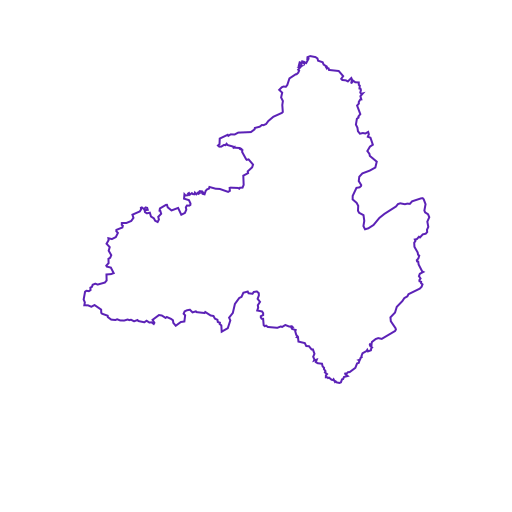 Kyaukme, Shan, Myanmar, rotated 242°
{"feature_id": "60261553B11251200769941", "entity_name": "Kyaukme", "entity_type": "district", "adm_level": 2, "iso_a3": "MMR", "parent_name": "Myanmar", "parent_adm1": "Shan", "projection": "natural_earth1", "projection_center": [97.145, 22.817], "detail": "fine", "context": "isolated", "style": "outline", "palette": "violet", "viewbox_px": 512, "rotation_deg": 242, "n_neighbors": 0, "source": "geoboundaries", "source_scale": "gbopen_adm2", "svg_char_len": 6146}
<svg xmlns="http://www.w3.org/2000/svg" viewBox="0 0 512 512"><g transform="rotate(242 256 256)"><path d="M293.1,81.3L291.3,84.5L288.5,86.8L288.5,90.4L281.4,94.1L278.5,92.7L277.3,93.0L272.9,97.0L271.6,96.5L267.8,98.3L265.5,101.8L265.3,103.7L262.9,105.8L260.9,109.3L260.2,112.8L258.8,114.1L258.4,115.7L255.6,117.7L255.1,121.3L253.8,121.6L249.9,126.3L250.2,129.0L247.3,130.6L246.5,132.6L244.0,133.8L244.7,134.9L248.2,134.7L249.4,142.6L247.7,144.9L243.8,147.1L244.0,148.6L240.3,151.5L238.2,152.5L235.8,151.6L232.1,152.4L233.0,158.6L231.8,162.0L236.9,165.6L239.0,165.0L240.6,167.0L240.5,169.5L239.6,172.4L236.0,173.5L235.4,176.9L234.4,177.1L229.8,183.8L230.4,184.9L224.8,188.0L223.0,190.3L220.0,190.3L217.8,192.0L215.7,191.3L214.1,192.8L213.1,192.0L211.0,192.8L205.3,190.2L205.5,197.2L211.2,203.1L214.2,203.3L216.6,208.8L223.6,214.9L226.8,221.5L226.7,224.0L229.5,227.6L228.5,232.0L226.6,231.9L224.3,235.2L225.3,237.1L224.3,240.1L221.9,241.0L219.8,240.0L217.4,237.3L213.6,238.0L211.7,234.5L209.4,233.7L207.3,231.5L204.2,235.3L202.2,235.5L200.5,234.6L200.6,232.0L199.5,231.4L197.9,231.6L197.2,232.8L191.3,230.3L189.9,230.8L189.8,232.2L187.8,233.1L182.6,241.1L182.1,244.9L181.1,245.7L181.3,249.5L178.0,252.3L177.2,254.6L175.9,255.0L176.0,253.6L174.7,253.6L172.0,256.3L171.1,255.3L167.4,254.5L165.4,255.0L165.1,254.0L164.2,254.8L160.5,253.3L156.2,258.2L152.9,258.1L151.5,260.4L147.4,261.2L146.8,262.4L142.2,261.7L140.2,259.2L137.1,259.0L136.4,258.1L136.0,261.0L134.2,259.0L132.4,260.1L129.9,263.7L127.3,263.0L125.3,263.6L124.3,262.9L121.7,263.3L120.9,262.2L118.4,263.3L117.8,261.7L116.1,260.7L115.3,262.1L114.4,262.3L114.3,263.4L111.3,264.6L110.3,265.8L110.7,266.6L107.7,266.6L107.9,267.5L106.6,267.8L104.7,270.1L104.6,271.7L106.7,274.0L106.5,275.2L107.9,276.9L107.0,280.6L110.9,279.1L109.6,280.5L110.2,282.8L109.5,284.1L110.6,291.2L113.7,294.8L113.4,296.5L115.1,298.3L115.9,297.8L115.7,299.3L116.9,300.4L117.1,301.9L118.0,302.0L120.1,304.4L120.2,309.0L120.9,310.2L119.2,310.1L118.8,313.2L120.5,314.5L120.7,315.5L121.6,315.2L122.9,316.0L123.0,314.7L124.2,314.8L124.6,315.3L123.6,316.1L125.7,318.1L126.5,322.7L126.1,325.4L123.8,328.1L124.5,343.6L125.4,345.0L126.7,345.3L135.1,344.4L138.7,345.9L140.8,352.2L145.0,356.4L147.5,364.1L149.2,367.2L149.3,370.7L150.7,372.7L150.3,385.3L151.1,387.8L152.8,389.7L154.4,389.0L155.7,389.7L156.9,388.5L158.0,388.9L158.9,390.7L161.7,390.4L163.4,392.3L163.4,396.2L164.4,395.5L172.2,395.6L174.9,396.6L175.6,395.7L176.8,396.0L177.6,398.2L179.7,400.3L181.1,399.7L183.2,400.4L189.7,400.2L193.4,401.9L194.5,403.9L196.0,404.0L195.4,406.0L196.5,408.9L195.4,409.5L196.8,413.4L196.0,416.3L196.8,418.4L198.9,419.3L200.8,421.8L205.9,423.4L208.9,427.2L212.1,427.5L215.1,425.8L217.1,426.0L222.1,430.0L227.3,430.7L228.8,430.3L229.4,428.8L231.0,419.5L229.8,416.3L231.2,414.2L231.8,411.8L234.8,408.1L235.2,405.7L234.0,402.9L232.9,389.2L231.7,382.8L228.2,374.3L227.7,368.2L228.4,364.8L232.0,364.9L236.2,368.1L241.6,370.1L245.8,367.3L248.1,367.3L252.3,369.8L255.7,369.8L260.6,367.9L263.7,369.6L269.0,376.7L268.0,379.7L268.5,381.6L269.2,382.2L273.9,381.9L277.5,384.4L279.0,388.7L278.0,396.5L278.1,402.9L282.6,406.9L290.9,403.5L293.0,404.1L296.4,403.6L299.1,408.0L299.4,411.4L306.7,412.6L308.8,410.7L310.5,412.8L312.9,413.3L312.8,410.1L314.4,408.1L315.2,405.2L318.3,404.6L321.7,405.8L325.1,405.9L329.8,409.5L330.1,411.5L331.1,411.9L332.3,414.7L341.4,415.9L342.3,418.4L343.7,419.0L345.2,421.4L344.8,422.5L348.1,423.2L349.4,426.6L349.8,425.0L351.3,424.8L353.2,426.5L354.6,426.8L355.3,426.0L357.7,427.6L358.8,427.1L361.0,428.2L362.8,425.2L365.0,424.2L363.7,421.0L366.6,423.6L368.4,423.7L367.0,419.1L368.9,417.8L370.9,414.8L372.4,414.4L373.9,417.4L380.5,415.9L386.0,407.8L387.5,408.2L388.8,407.1L388.5,406.6L390.0,406.5L390.3,407.3L393.2,405.6L395.8,405.8L399.3,402.5L401.6,403.0L403.7,401.9L407.0,397.8L407.4,394.8L406.3,394.1L406.3,394.9L405.5,395.0L402.8,390.9L404.2,390.0L403.1,388.9L404.6,388.4L405.3,389.1L406.2,388.2L404.2,386.3L405.0,385.3L405.8,386.2L406.5,385.5L403.9,383.1L402.4,385.4L402.4,382.7L401.7,383.4L400.7,380.7L399.4,381.1L398.0,379.3L397.4,377.1L397.8,376.4L397.1,368.9L392.3,363.9L391.4,361.8L392.7,359.9L392.9,358.0L391.8,354.5L387.9,355.8L384.2,352.6L380.2,352.5L377.0,350.1L370.6,347.3L370.2,346.1L370.8,336.7L369.4,330.2L367.8,326.9L368.0,324.0L368.9,322.7L368.4,320.0L369.6,315.1L368.5,314.2L367.8,309.7L373.3,298.2L373.3,294.2L375.3,290.7L375.1,288.0L376.3,287.9L376.7,279.1L371.9,276.3L371.4,274.3L369.8,274.9L368.9,276.7L369.1,279.9L368.2,281.0L368.9,282.7L367.4,282.9L363.4,287.1L362.2,287.0L362.3,288.3L361.6,288.1L359.0,292.3L357.8,293.1L357.6,292.4L355.9,293.7L354.4,292.6L346.4,292.7L345.3,292.9L344.8,294.8L338.1,296.3L336.1,294.2L334.6,288.4L332.9,287.9L332.9,282.5L324.6,278.5L322.7,276.2L323.8,273.9L323.3,272.8L324.5,272.1L328.3,265.6L328.5,264.7L325.8,263.5L325.7,261.5L332.2,255.5L334.4,251.9L338.8,247.3L337.6,246.1L337.8,243.9L337.1,242.1L334.6,239.5L336.0,238.0L336.9,238.0L336.7,239.1L338.3,238.8L339.7,236.7L339.3,235.8L338.0,235.9L337.9,234.4L339.1,234.1L338.5,232.3L340.6,231.8L339.4,230.6L340.3,229.3L341.6,228.9L341.2,226.3L343.1,226.4L343.0,225.4L342.0,225.5L341.6,224.5L342.5,222.2L344.1,221.8L340.4,219.4L336.8,223.0L333.1,222.8L331.9,222.0L331.8,220.7L333.0,218.7L331.9,216.9L329.6,216.2L327.4,213.4L327.5,209.4L335.0,209.8L335.9,202.8L340.4,200.9L343.0,201.4L343.4,200.5L343.1,193.5L341.3,192.1L340.8,192.7L337.8,192.1L336.5,188.1L333.8,187.4L332.2,185.1L334.5,183.5L337.2,183.5L340.2,181.8L344.1,182.6L344.9,179.7L346.8,178.6L348.7,179.1L347.6,182.1L349.6,182.5L350.7,181.3L350.0,179.1L352.5,178.0L352.6,177.0L351.1,176.4L349.9,174.3L350.5,166.3L347.2,165.7L345.5,162.3L346.0,157.0L348.1,153.0L346.5,152.1L345.2,152.6L343.9,151.4L344.6,145.0L343.5,144.3L341.2,144.9L338.5,141.1L338.6,136.7L341.0,134.0L339.2,133.3L337.0,129.8L332.5,131.0L329.8,128.4L324.7,128.6L322.9,126.4L322.8,124.4L318.9,122.5L317.8,119.3L316.7,119.3L313.9,122.4L307.7,122.3L308.1,119.4L309.9,115.3L304.5,112.6L303.5,110.1L305.1,102.8L307.0,101.1L307.3,98.3L305.8,96.7L305.8,94.9L303.6,93.9L303.4,91.9L304.9,90.0L304.7,88.3L298.5,83.4L295.4,83.1L293.1,81.3Z" fill="none" stroke="#5b21b6" stroke-width="2"/></g></svg>